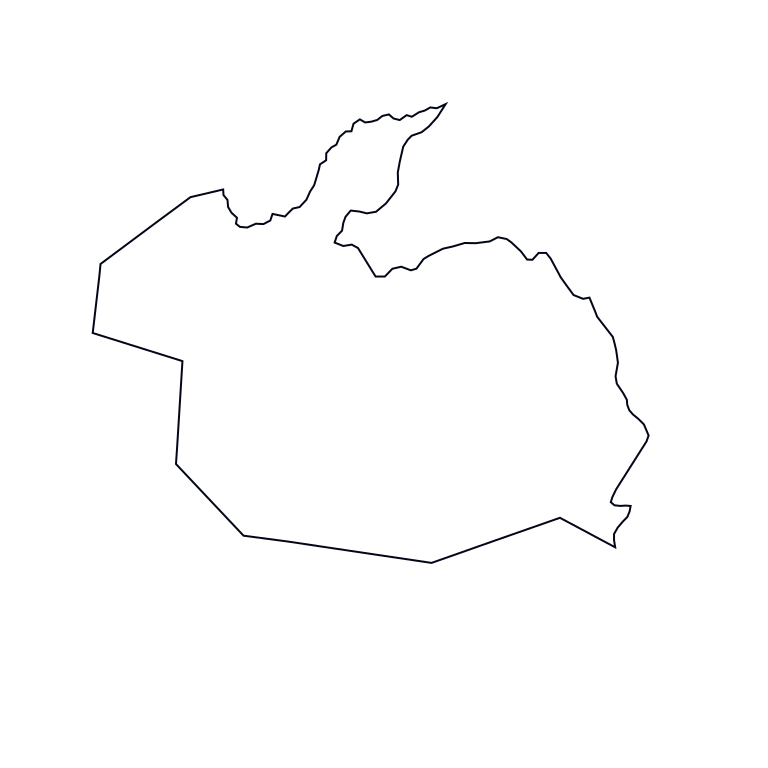 the district of Piancó, Paraíba, Brazil, rotated 58°
{"feature_id": "56859067B93883215672423", "entity_name": "Piancó", "entity_type": "district", "adm_level": 2, "iso_a3": "BRA", "parent_name": "Brazil", "parent_adm1": "Paraíba", "projection": "robinson", "projection_center": [-37.978, -7.2], "detail": "fine", "context": "isolated", "style": "outline", "palette": "ink", "viewbox_px": 768, "rotation_deg": 58, "n_neighbors": 0, "source": "geoboundaries", "source_scale": "gbopen_adm2", "svg_char_len": 1917}
<svg xmlns="http://www.w3.org/2000/svg" viewBox="0 0 768 768"><g transform="rotate(58 384 384)"><path d="M123.0,449.1L126.3,491.4L130.9,547.3L132.0,560.8L141.5,568.1L186.4,604.0L257.8,542.8L328.9,593.6L341.6,602.8L352.2,600.7L438.2,583.5L466.4,549.3L521.4,484.9L560.9,438.5L575.4,373.6L590.7,305.7L645.0,274.5L638.4,271.7L633.1,268.4L629.6,261.9L627.2,254.3L625.7,248.1L622.2,243.2L618.1,239.5L615.1,243.6L612.7,248.1L609.0,252.8L604.4,254.3L600.9,250.2L596.4,243.1L571.8,191.8L567.9,186.9L556.0,185.0L548.0,186.9L541.8,189.0L536.3,189.9L530.7,188.8L526.0,186.4L518.5,186.0L507.1,186.4L500.1,183.5L490.0,174.4L483.6,171.5L478.1,169.1L471.9,167.0L465.4,165.0L440.0,167.6L434.3,166.5L419.6,164.0L417.3,170.0L409.0,176.1L397.0,177.0L386.9,177.6L381.5,177.2L365.9,176.2L358.8,177.0L354.8,183.4L357.3,192.3L354.3,196.7L344.1,197.6L331.3,201.0L326.1,203.1L319.9,209.6L319.1,218.8L313.2,231.6L307.2,240.8L303.9,252.6L300.5,262.3L299.0,278.4L299.0,284.3L303.4,295.4L301.8,301.0L293.7,307.2L290.7,315.8L293.3,326.3L288.4,334.2L254.9,334.0L248.7,337.5L245.4,345.4L237.9,350.9L233.5,345.6L231.7,338.3L225.7,333.0L221.8,328.0L219.3,320.3L224.6,313.6L230.2,308.1L233.7,299.5L231.9,286.6L226.7,272.2L222.4,266.3L211.9,260.2L203.8,252.8L192.9,241.9L189.4,234.4L188.1,229.0L190.4,218.7L189.4,209.6L185.9,197.3L179.3,183.4L178.1,193.1L174.0,198.2L173.7,204.6L172.1,210.2L172.1,218.8L168.0,222.3L168.5,230.8L163.9,235.2L158.0,237.0L155.8,243.4L156.5,249.8L154.8,255.8L152.2,261.4L146.8,264.2L147.1,271.9L152.4,277.7L149.6,282.6L150.9,290.7L155.8,297.6L155.5,303.3L157.7,310.7L163.6,314.5L163.8,321.9L167.7,325.7L173.9,332.7L178.5,338.0L181.5,344.5L186.6,352.1L189.2,361.8L186.9,368.3L188.1,373.8L189.5,379.2L180.7,388.4L185.1,393.8L184.5,401.5L180.2,407.7L178.8,417.1L174.4,422.9L169.6,424.6L165.1,420.6L157.9,422.6L151.2,422.4L145.0,419.2L138.7,420.0L133.8,417.3L123.0,449.1Z" fill="none" stroke="#020617" stroke-width="2"/></g></svg>